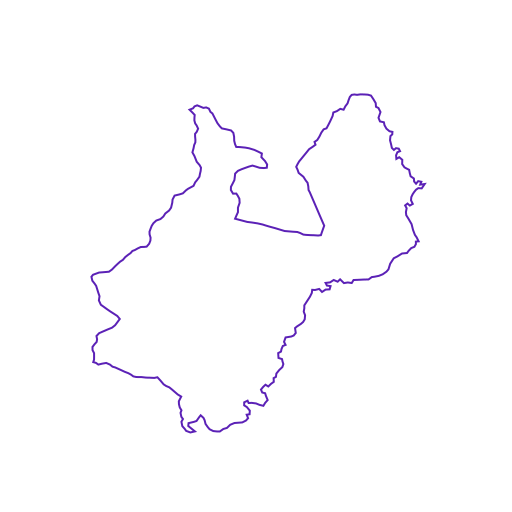 outline of Mogi Guaçu, São Paulo, Brazil, rotated 288°
{"feature_id": "56859067B6849718148142", "entity_name": "Mogi Guaçu", "entity_type": "district", "adm_level": 2, "iso_a3": "BRA", "parent_name": "Brazil", "parent_adm1": "São Paulo", "projection": "mercator", "projection_center": [-47.009, -22.234], "detail": "fine", "context": "isolated", "style": "outline", "palette": "violet", "viewbox_px": 512, "rotation_deg": 288, "n_neighbors": 0, "source": "geoboundaries", "source_scale": "gbopen_adm2", "svg_char_len": 5230}
<svg xmlns="http://www.w3.org/2000/svg" viewBox="0 0 512 512"><g transform="rotate(288 256 256)"><path d="M104.8,134.0L104.9,136.8L104.0,139.6L106.1,143.0L108.0,146.6L107.6,150.7L106.4,153.7L106.5,156.6L106.1,160.2L105.8,162.9L105.3,167.0L105.1,170.8L104.5,173.9L103.6,176.5L103.9,179.5L105.5,184.7L106.4,189.1L107.5,192.8L108.6,196.9L110.2,199.7L107.9,203.8L105.4,207.8L104.6,210.7L104.3,214.1L103.2,217.0L100.1,224.4L99.2,228.3L96.6,227.9L94.0,227.5L91.3,228.5L88.4,230.3L86.2,232.8L83.5,232.7L80.0,234.7L78.4,236.9L75.3,236.3L71.4,238.5L69.6,241.6L68.1,243.6L67.9,248.1L70.3,252.1L73.4,244.1L76.2,243.5L79.0,248.1L80.7,250.4L85.0,251.7L87.4,252.6L85.8,256.1L83.9,257.9L80.7,259.9L78.3,263.1L76.9,265.4L76.3,269.4L77.0,272.8L77.9,275.8L81.4,278.4L83.5,281.5L87.5,283.6L90.5,287.1L93.5,294.4L96.4,297.3L99.3,298.6L102.2,296.2L103.5,298.8L107.0,297.9L109.5,294.0L110.3,290.9L113.2,290.0L115.8,292.7L113.9,294.4L115.0,297.3L115.8,301.6L115.5,305.4L115.8,309.3L119.2,310.1L122.6,311.6L126.0,308.7L128.3,307.1L128.1,304.1L130.5,302.0L133.8,303.3L136.5,304.8L135.7,308.0L139.1,309.8L141.8,311.8L145.3,310.5L147.2,312.3L150.5,311.7L154.9,313.4L158.5,315.4L161.7,315.4L163.9,313.8L166.0,312.6L166.0,308.9L170.5,307.1L172.8,309.3L175.4,309.0L178.7,309.3L180.6,311.6L183.0,309.2L187.7,309.3L190.3,314.4L192.0,316.4L195.1,317.6L199.5,315.4L201.6,316.7L205.3,319.7L207.8,321.2L210.8,321.9L214.8,321.0L217.8,318.6L221.2,318.1L224.0,317.2L229.9,318.8L234.0,319.9L238.1,320.5L241.2,319.9L241.9,322.6L244.2,326.3L242.2,329.9L245.6,332.6L247.0,336.3L250.4,336.2L249.8,332.6L251.9,330.5L253.8,334.6L257.2,337.3L256.8,341.6L259.8,343.2L257.4,348.0L259.2,351.5L259.9,355.4L263.3,356.2L264.9,360.5L266.8,365.5L268.5,370.3L271.7,372.6L272.9,375.1L275.1,379.0L277.8,382.2L281.4,384.9L284.2,386.1L290.1,386.0L296.4,387.7L299.3,390.6L303.5,394.1L305.5,398.7L308.2,399.6L311.5,401.2L313.7,403.8L316.7,404.4L319.1,403.6L320.2,406.1L323.4,403.0L325.2,400.6L329.3,397.3L334.4,394.1L338.8,389.2L341.2,386.3L344.1,385.0L348.0,384.5L350.2,382.2L352.7,383.9L351.5,386.7L354.0,389.0L356.9,386.2L360.0,385.5L363.1,385.9L365.6,386.6L368.5,387.7L370.7,389.4L371.5,392.7L376.6,394.2L374.6,390.1L377.7,390.3L377.3,387.1L374.2,385.9L375.7,383.4L378.5,382.2L379.6,378.4L382.4,376.6L385.3,375.0L385.7,372.3L386.2,369.8L388.6,366.6L392.7,365.4L394.2,361.7L391.7,359.5L395.1,358.1L398.4,358.4L400.2,360.6L402.2,358.6L401.8,355.8L399.5,354.4L400.8,351.8L403.9,350.0L407.5,347.7L411.6,346.8L413.8,348.0L416.2,347.4L415.9,344.4L417.4,340.7L420.1,337.8L422.7,336.3L422.3,332.3L425.3,329.8L431.4,329.9L434.6,326.7L435.0,324.0L438.4,322.6L441.4,319.2L444.1,315.8L444.0,312.6L443.1,309.1L442.0,305.4L440.5,302.3L440.0,299.6L438.8,297.2L436.3,296.1L432.8,295.9L429.4,295.9L426.0,294.7L422.2,294.1L422.0,290.7L418.8,288.2L416.4,285.2L412.8,285.6L407.0,284.9L403.1,284.3L399.2,283.6L397.4,281.2L393.5,280.0L389.2,279.4L385.2,278.4L382.6,276.4L380.2,278.2L377.3,276.1L374.0,273.5L370.3,272.1L366.2,270.5L361.8,268.8L359.3,267.8L356.0,267.1L353.2,266.7L351.0,268.8L348.2,270.9L346.0,276.6L343.1,280.1L341.6,282.4L338.4,284.2L335.0,285.6L333.3,287.4L323.4,296.1L314.6,303.8L305.9,311.5L298.6,311.3L295.9,311.3L294.7,308.8L293.6,304.5L292.6,301.1L291.5,296.9L291.0,294.4L291.5,291.0L291.6,287.9L290.5,283.6L288.6,275.5L288.5,270.8L288.4,265.7L288.1,259.5L288.0,255.6L288.0,252.6L287.5,247.3L286.6,241.8L285.7,237.1L285.0,224.6L288.5,224.9L292.1,225.3L296.4,223.9L301.5,224.0L305.3,222.5L307.7,220.0L309.3,218.0L308.2,214.9L311.0,211.7L314.1,210.8L317.6,211.4L321.5,212.0L324.7,211.4L327.9,210.7L331.4,212.5L334.0,215.4L336.6,218.7L338.9,221.7L340.9,224.7L341.0,228.2L341.0,232.2L342.1,236.4L343.3,239.0L346.5,238.3L349.1,235.2L351.6,230.6L355.3,229.9L355.9,225.9L356.4,221.7L356.3,216.2L355.8,212.4L354.6,206.9L353.6,203.5L355.9,201.5L358.8,199.7L362.7,198.3L366.1,196.4L367.7,193.5L367.3,188.6L366.8,184.1L368.1,181.6L370.4,178.3L373.3,175.3L376.1,172.5L378.1,170.5L379.0,168.1L381.6,165.7L381.9,162.7L380.6,160.2L380.9,156.5L381.1,153.5L379.3,151.3L377.0,150.5L374.6,147.6L372.8,151.2L371.2,154.1L368.6,154.7L365.9,155.5L363.3,157.2L361.8,159.2L359.2,161.6L355.9,161.3L353.3,160.3L350.7,161.2L347.7,162.5L345.3,163.2L342.4,162.9L339.2,163.3L334.9,163.5L332.0,166.6L329.6,168.6L327.3,170.5L325.0,174.3L323.0,176.4L319.7,177.1L317.0,177.3L313.9,177.7L309.8,176.4L307.3,175.4L303.4,174.9L301.1,172.7L298.9,170.6L296.8,169.1L293.0,167.1L291.0,164.3L288.3,159.9L283.9,159.2L280.8,159.9L275.7,160.3L272.4,159.3L268.4,156.6L264.9,155.7L261.6,153.7L258.9,150.2L255.5,148.3L252.5,147.5L249.2,147.3L246.2,147.2L243.7,148.1L240.8,150.1L238.0,150.8L234.6,150.6L231.1,149.1L229.9,146.4L229.0,143.7L226.8,141.3L224.2,138.9L222.6,136.9L220.0,135.8L217.6,134.0L214.6,132.0L211.2,130.6L208.6,128.5L206.0,127.0L202.9,125.3L198.6,123.2L195.6,121.0L193.4,115.8L191.8,111.9L189.6,109.1L187.8,106.8L185.4,105.9L181.9,108.0L179.9,111.0L178.2,113.2L175.4,115.2L172.3,117.4L169.4,119.6L165.2,120.3L161.7,123.5L159.3,131.0L158.2,134.7L157.1,138.9L156.1,142.6L154.0,145.9L150.1,144.6L146.6,143.4L143.3,141.2L140.2,137.5L134.2,130.7L130.6,129.0L127.7,130.6L125.0,131.0L122.2,129.7L119.0,128.6L116.0,129.6L113.6,132.0L110.0,133.2L107.4,134.0L104.8,134.0Z" fill="none" stroke="#5b21b6" stroke-width="2"/></g></svg>